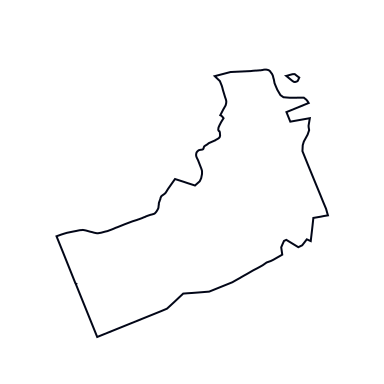 outline of Kitaf wa Al Boqa', Sa`dah, Yemen, rotated 158°
{"feature_id": "15242507B97020865976232", "entity_name": "Kitaf wa Al Boqa'", "entity_type": "district", "adm_level": 2, "iso_a3": "YEM", "parent_name": "Yemen", "parent_adm1": "Sa`dah", "projection": "robinson", "projection_center": [44.286, 17.087], "detail": "fine", "context": "isolated", "style": "outline", "palette": "ink", "viewbox_px": 384, "rotation_deg": 158, "n_neighbors": 0, "source": "geoboundaries", "source_scale": "gbopen_adm2", "svg_char_len": 4255}
<svg xmlns="http://www.w3.org/2000/svg" viewBox="0 0 384 384"><g transform="rotate(158 192 192)"><path d="M334.2,93.1L329.3,93.1L327.3,93.1L326.5,93.1L317.5,93.1L316.5,93.1L314.3,93.1L309.9,93.1L303.7,93.1L297.3,93.1L290.9,93.1L284.5,93.1L278.1,93.1L275.2,93.1L271.7,93.1L265.3,93.1L258.9,93.2L253.8,95.1L249.3,96.8L243.4,99.1L238.2,101.1L234.1,99.8L229.9,98.4L225.8,97.1L221.7,95.8L217.5,94.5L213.4,93.2L207.2,93.2L201.7,93.2L196.3,93.2L196.2,93.2L195.7,93.2L194.7,93.2L188.4,93.2L184.0,93.8L179.1,94.4L178.8,94.5L174.4,95.1L172.6,95.3L169.7,95.7L164.9,96.4L162.9,96.6L160.5,96.8L157.0,97.2L153.9,97.6L149.2,98.7L144.8,98.5L142.0,98.7L137.6,99.3L135.3,99.6L131.8,100.1L130.9,103.7L130.0,107.3L127.3,110.0L125.0,112.2L122.5,112.3L119.8,108.7L115.5,102.9L114.1,101.0L109.8,101.3L106.7,103.1L103.3,105.1L100.3,102.0L98.5,105.3L95.6,110.6L93.1,115.2L89.2,122.5L81.9,120.9L78.6,120.3L78.2,120.2L74.7,119.4L74.4,122.6L74.0,126.1L74.1,133.8L74.1,135.3L74.1,136.3L74.1,138.5L74.1,141.2L74.2,153.5L74.3,172.7L74.3,179.2L74.3,188.5L71.8,193.9L69.4,196.9L63.3,201.9L60.2,205.5L59.6,208.3L59.1,209.8L55.1,216.3L74.5,220.4L74.5,224.8L74.5,230.7L73.7,230.7L53.7,230.8L50.5,230.8L50.8,232.7L51.4,234.7L53.0,237.6L65.9,242.7L71.7,245.6L73.7,248.7L74.6,254.8L74.7,259.5L74.7,260.2L74.7,262.1L74.5,262.9L74.3,264.0L74.1,264.9L74.0,265.5L73.9,265.9L73.9,266.5L73.8,267.4L73.6,268.6L73.5,269.1L73.5,270.4L73.6,271.1L73.6,271.7L73.9,272.6L74.2,273.7L74.3,274.6L74.8,275.4L75.1,276.0L75.5,276.4L76.0,276.8L76.9,277.4L77.3,277.7L77.9,277.9L79.2,278.4L80.2,278.6L81.1,278.7L81.7,278.9L82.7,279.1L83.3,279.3L84.0,279.6L84.8,279.8L85.3,280.0L86.1,280.2L87.2,280.6L87.9,280.9L88.7,281.1L89.6,281.4L89.9,281.5L91.8,282.0L92.8,282.3L93.9,282.7L111.3,288.8L127.5,290.9L126.5,288.6L124.6,284.4L124.6,283.3L124.6,282.7L124.6,282.2L124.6,281.2L124.6,280.2L124.6,279.3L124.8,277.2L125.1,275.1L125.8,267.5L125.9,265.1L126.2,263.3L127.0,261.6L128.4,259.7L132.1,256.8L137.0,252.6L136.3,251.8L135.9,251.1L135.3,249.4L135.1,248.6L138.8,245.9L141.7,243.4L143.3,241.8L144.3,240.0L144.3,239.8L144.4,239.5L144.3,239.0L144.3,238.6L144.2,238.4L144.1,238.2L143.8,238.0L143.8,237.6L143.8,237.3L143.8,237.0L144.5,234.8L144.9,233.6L145.9,232.4L147.0,231.9L147.9,231.7L150.3,231.4L151.0,231.3L151.1,231.2L154.9,231.1L157.6,231.0L157.8,231.0L158.2,231.0L158.8,230.8L159.4,230.6L160.1,230.4L160.7,230.3L161.3,230.2L161.9,230.1L162.5,230.0L163.2,229.8L163.6,229.7L164.4,228.9L164.9,228.2L165.4,227.7L165.9,227.5L166.6,227.5L167.5,227.7L168.6,228.0L170.0,228.2L170.5,228.1L171.3,227.8L171.9,227.6L172.4,227.3L173.0,226.9L173.4,226.4L173.8,225.8L174.1,225.3L174.4,224.6L174.6,223.8L174.7,223.1L174.7,222.4L174.7,221.7L174.6,221.0L174.6,220.3L174.5,219.6L174.5,218.9L174.6,211.3L174.6,210.1L174.7,209.3L174.7,208.5L175.0,207.3L176.0,204.9L178.3,201.4L180.0,199.8L180.9,199.0L186.8,196.9L186.9,197.0L192.9,202.0L195.8,204.5L202.9,210.4L211.1,205.1L211.9,204.6L213.4,203.6L215.4,202.1L216.4,201.4L216.8,201.1L217.4,200.9L218.0,200.6L218.9,200.4L219.6,200.2L220.2,200.1L220.9,199.9L221.7,199.7L222.1,199.5L222.5,199.2L223.0,198.6L223.5,198.2L224.0,197.3L224.3,197.0L224.8,196.5L225.4,195.8L225.9,195.2L226.2,195.0L226.5,194.6L226.9,194.0L227.3,193.3L227.5,192.6L227.8,192.3L228.7,190.6L229.0,190.0L229.1,189.9L229.6,189.3L230.3,188.7L231.2,188.0L232.3,187.2L233.6,186.5L234.5,186.1L235.0,186.0L235.5,186.0L235.9,186.0L236.7,186.1L237.8,186.2L238.9,186.4L240.5,186.5L242.8,186.6L244.3,186.6L244.7,186.5L245.0,186.5L246.7,186.6L247.5,186.5L251.2,186.6L252.5,186.7L253.4,186.7L258.1,187.1L266.6,187.3L268.0,187.3L274.1,187.3L276.3,187.4L278.4,187.3L280.6,187.3L283.7,187.4L284.9,187.4L287.3,187.8L289.9,188.1L291.6,188.3L293.3,188.7L294.4,188.9L295.2,189.2L296.0,189.6L296.6,190.0L298.1,191.0L299.6,192.2L301.5,193.5L303.8,195.3L305.0,196.2L306.7,197.3L307.6,197.8L308.1,197.9L309.1,198.2L310.0,198.5L310.3,198.6L311.9,198.9L313.7,199.2L316.2,199.7L316.7,199.8L323.2,201.0L326.4,201.3L329.0,201.5L334.2,201.7L334.2,181.6L334.3,151.1L333.8,150.3L334.2,150.2L334.2,108.4L334.2,93.1ZM52.0,255.7L49.7,257.9L51.3,260.5L52.6,262.8L54.7,263.6L55.8,263.7L57.2,263.9L60.6,264.2L61.1,264.3L57.2,257.2L56.2,255.9L55.3,255.4L54.5,255.3L53.7,255.2L52.6,255.3L52.0,255.7Z" fill="none" stroke="#020617" stroke-width="2"/></g></svg>